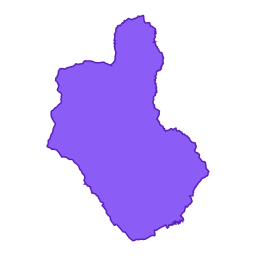 Moroeni, Dâmbovita, Romania
{"feature_id": "2599482B64065546523837", "entity_name": "Moroeni", "entity_type": "district", "adm_level": 2, "iso_a3": "ROU", "parent_name": "Romania", "parent_adm1": "Dâmbovita", "projection": "albers", "projection_center": [25.447, 45.318], "detail": "fine", "context": "isolated", "style": "filled", "palette": "violet", "viewbox_px": 256, "rotation_deg": 0, "n_neighbors": 0, "source": "geoboundaries", "source_scale": "gbopen_adm2", "svg_char_len": 5787}
<svg xmlns="http://www.w3.org/2000/svg" viewBox="0 0 256 256"><path d="M181.8,216.5L180.9,216.3L180.6,215.7L181.5,214.6L182.0,213.4L184.2,211.7L184.8,210.1L184.8,209.2L185.4,207.6L185.3,206.8L185.8,206.7L185.9,206.4L186.3,206.9L187.5,206.9L188.7,204.9L190.0,204.2L191.7,202.1L192.1,201.2L191.4,199.4L191.4,198.8L189.8,196.0L192.9,195.8L192.9,193.7L193.6,192.1L193.2,191.5L193.3,191.0L193.8,190.2L194.1,189.1L195.4,187.5L195.2,186.8L196.0,186.5L197.6,184.0L198.0,183.8L198.0,183.4L200.8,180.5L200.7,180.0L201.9,178.7L203.9,177.6L204.8,177.4L205.8,176.2L207.5,175.7L208.0,174.4L208.0,173.3L208.8,171.5L208.4,171.3L207.7,169.9L206.8,169.3L206.3,168.4L205.9,166.8L205.9,165.1L205.5,164.2L205.5,162.6L204.1,161.6L202.1,161.4L200.3,158.8L199.0,157.6L199.4,155.9L199.4,154.8L199.1,154.2L197.3,152.8L195.8,152.5L194.7,151.1L194.5,150.3L195.1,149.6L195.5,148.3L196.2,146.9L196.1,146.1L195.2,143.6L195.1,142.9L193.9,142.8L191.6,142.0L190.0,140.1L189.3,138.3L188.2,137.5L187.3,136.1L186.0,135.8L184.1,134.0L183.0,134.4L182.1,133.3L181.8,132.4L181.4,132.6L180.7,131.8L179.9,131.4L179.5,130.7L178.3,130.6L177.5,131.0L176.6,130.8L176.2,129.7L176.1,128.5L175.9,128.1L173.3,129.4L173.0,129.9L172.6,129.3L171.9,128.9L170.7,128.6L169.6,129.7L168.2,130.4L166.6,130.5L165.5,131.3L165.2,130.5L164.5,129.9L164.5,128.7L163.7,128.9L163.0,126.6L159.9,124.5L159.1,121.7L157.5,119.5L156.9,119.3L159.2,114.4L159.1,113.1L159.4,111.0L157.4,109.6L155.4,108.9L155.2,108.1L154.2,107.5L154.5,106.1L154.5,105.1L153.9,104.8L153.5,104.1L152.8,101.6L153.8,99.7L153.4,98.3L153.8,96.4L155.3,95.2L155.7,93.9L155.3,93.3L155.4,92.5L156.7,92.3L156.7,91.1L156.3,90.4L156.6,90.0L156.0,89.0L156.2,88.1L156.6,87.8L155.9,85.7L156.0,84.6L155.1,83.5L155.6,83.2L155.1,82.8L155.0,80.6L155.4,80.3L155.2,79.9L154.6,79.8L154.7,79.4L155.1,79.3L155.8,78.6L156.1,77.8L155.6,76.8L154.9,76.3L156.4,74.8L156.5,74.2L156.3,72.9L156.6,71.8L158.3,70.7L158.2,70.4L159.2,70.2L159.7,70.5L161.2,68.9L161.0,68.7L161.2,68.4L161.3,67.6L161.0,67.2L161.3,66.9L161.2,66.5L161.8,66.2L161.6,65.8L162.1,64.9L162.7,64.5L162.7,63.5L163.2,63.4L162.9,61.8L163.1,61.4L162.7,59.8L163.4,58.7L163.5,57.7L162.6,55.8L162.5,54.8L161.8,52.9L159.6,51.9L158.8,50.6L158.8,49.8L157.4,48.1L157.3,47.0L155.9,46.1L155.8,44.7L154.9,42.7L154.0,42.3L155.0,41.9L154.1,41.7L154.6,41.2L154.6,40.3L153.9,39.1L155.2,37.3L154.9,32.5L155.6,33.4L156.0,33.4L155.7,32.7L155.7,31.0L155.3,30.3L155.5,29.8L155.4,28.9L151.8,26.2L150.5,26.0L150.5,25.4L149.9,24.1L149.8,23.1L149.3,22.7L145.5,23.0L145.1,22.7L144.0,20.5L143.6,15.9L143.3,15.5L142.9,15.4L141.4,16.2L139.3,16.6L138.9,16.1L138.1,16.2L137.5,17.1L135.2,18.6L134.3,18.4L133.8,18.9L132.8,19.1L131.8,19.7L128.5,18.5L127.2,19.4L126.6,20.2L125.8,20.6L124.9,20.5L124.6,21.1L124.2,21.1L124.3,22.0L123.4,22.5L123.2,23.0L122.5,22.8L121.4,24.1L121.2,24.6L120.5,25.6L119.1,25.3L117.7,25.9L117.4,26.2L117.5,27.2L117.2,27.8L116.5,27.8L116.0,28.7L115.8,29.9L115.9,30.8L115.7,32.4L114.4,34.5L114.9,35.9L114.7,38.2L114.1,40.2L114.8,40.3L115.2,41.0L115.0,41.6L114.3,42.1L114.2,43.8L114.4,44.1L115.2,43.9L114.4,45.8L114.6,47.4L115.0,47.6L114.8,48.6L115.1,49.0L115.0,49.6L116.0,52.4L115.1,57.0L115.3,58.4L115.0,59.2L114.7,61.6L113.7,62.1L113.1,63.0L111.3,64.6L111.4,65.5L105.2,63.1L104.0,62.2L101.6,62.3L99.7,62.8L95.5,62.7L92.1,61.3L89.3,60.9L87.9,61.1L85.8,60.8L84.7,60.9L83.5,62.1L83.1,62.8L82.9,63.6L77.9,64.3L75.8,63.8L74.5,65.5L72.8,66.4L70.6,66.8L69.6,67.3L67.3,67.6L65.9,68.6L64.6,69.1L63.4,68.7L60.2,68.6L59.3,69.6L58.9,70.6L58.4,71.3L58.3,74.3L57.3,75.7L57.3,76.8L56.2,77.6L55.8,78.3L55.6,80.5L57.6,82.5L58.1,84.3L59.1,85.2L58.5,86.3L58.4,87.5L57.4,89.5L57.4,90.1L59.3,92.1L61.0,93.0L61.3,93.4L61.6,94.7L61.4,95.4L61.6,95.8L61.2,96.8L61.4,97.9L60.9,99.6L61.3,100.4L61.3,101.5L60.8,103.3L58.9,104.5L57.1,106.8L54.8,108.1L53.5,109.9L51.8,110.8L51.2,111.7L51.1,114.3L51.6,117.3L53.9,121.6L54.8,122.5L55.3,123.8L55.3,124.7L54.6,125.7L53.5,128.0L52.5,132.8L51.2,134.4L50.1,138.4L49.4,139.7L48.6,139.9L48.2,140.5L48.3,143.1L47.8,145.0L47.2,145.8L47.3,146.8L50.7,148.2L51.8,149.3L54.1,149.3L56.6,149.9L57.6,151.2L59.5,153.1L59.9,154.2L61.2,155.9L61.6,157.0L63.5,156.9L66.4,157.3L69.1,159.3L72.1,159.5L73.3,160.4L74.3,162.3L77.1,164.3L78.8,166.3L79.7,169.2L81.4,170.9L82.3,173.4L84.5,175.6L84.9,178.3L84.1,180.0L84.0,180.6L85.1,182.2L85.2,183.0L85.6,183.4L84.7,184.0L86.0,184.2L86.8,184.7L87.4,185.9L90.5,186.7L90.7,187.1L90.3,187.6L90.3,188.1L90.8,189.0L91.8,191.9L91.6,192.6L91.8,192.9L95.3,193.9L95.9,194.4L96.4,195.4L97.4,196.0L98.2,196.1L98.6,198.1L99.9,200.0L100.3,201.5L103.0,202.8L103.6,203.8L102.1,205.2L102.3,205.8L103.0,206.2L103.2,206.7L104.1,206.6L104.0,207.6L104.7,208.7L105.5,209.0L105.7,209.8L106.3,210.7L106.5,211.6L106.3,212.1L106.3,212.8L107.7,214.7L110.1,216.9L110.4,218.3L110.3,219.1L110.7,219.9L111.8,221.9L113.1,223.2L113.6,224.6L114.7,225.3L115.5,225.0L115.8,224.4L116.7,224.3L117.0,224.6L123.1,231.8L125.3,232.2L128.9,237.4L132.5,240.5L134.2,240.6L136.1,239.4L138.2,239.7L141.4,239.1L143.2,239.5L145.1,239.2L151.8,235.5L152.5,235.4L154.6,235.7L154.9,235.3L155.0,234.8L154.4,230.3L156.6,230.2L159.4,228.2L165.7,225.0L166.1,225.4L166.4,226.9L167.5,228.1L168.4,227.2L168.3,226.4L169.3,225.5L169.0,225.1L169.3,224.8L170.1,224.9L170.0,225.3L170.8,224.9L171.5,225.1L172.2,224.5L172.6,224.9L172.8,224.5L173.2,224.3L173.8,224.7L173.5,224.2L173.9,224.0L175.9,223.9L175.6,223.5L175.7,222.9L174.0,222.7L174.1,222.3L173.4,222.4L174.1,221.8L174.2,222.1L175.4,221.7L175.7,221.3L175.8,221.6L176.2,221.8L177.1,221.8L177.5,222.3L177.3,222.6L177.8,223.2L178.0,222.5L178.7,222.6L178.4,223.3L178.7,223.7L179.2,223.0L179.4,221.4L179.6,221.8L179.4,222.2L180.0,222.8L180.8,220.9L181.8,220.9L181.8,220.6L182.1,220.8L182.3,220.5L182.7,221.2L182.9,220.0L183.5,219.8L183.2,218.4L181.8,217.0L181.8,216.5Z" fill="#8b5cf6" stroke="#5b21b6" stroke-width="1.5"/></svg>